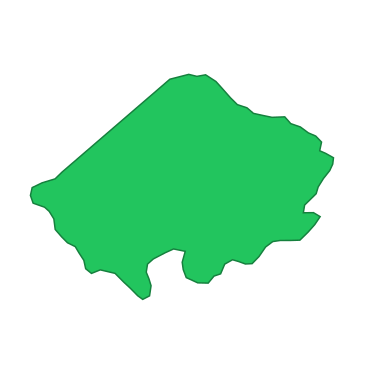 outline of Aloândia, Goiás, Brazil, rotated 53°
{"feature_id": "56859067B93874841442887", "entity_name": "Aloândia", "entity_type": "district", "adm_level": 2, "iso_a3": "BRA", "parent_name": "Brazil", "parent_adm1": "Goiás", "projection": "robinson", "projection_center": [-49.451, -17.693], "detail": "fine", "context": "isolated", "style": "filled", "palette": "green", "viewbox_px": 384, "rotation_deg": 53, "n_neighbors": 0, "source": "geoboundaries", "source_scale": "gbopen_adm2", "svg_char_len": 1141}
<svg xmlns="http://www.w3.org/2000/svg" viewBox="0 0 384 384"><g transform="rotate(53 192 192)"><path d="M288.8,104.5L281.6,107.4L275.6,115.6L270.2,109.9L268.1,93.9L263.9,88.2L260.3,78.8L257.8,69.1L254.4,62.8L249.8,58.4L241.6,62.0L235.9,65.2L230.1,58.5L221.8,59.5L214.8,63.5L205.3,66.3L196.8,72.0L187.8,72.7L180.5,83.2L173.2,89.6L166.2,95.6L157.9,97.4L149.5,103.2L139.8,104.6L126.9,105.6L118.1,106.4L106.6,110.6L102.6,118.5L96.1,123.8L88.6,141.8L97.9,283.9L99.1,293.5L94.5,306.0L92.3,317.0L97.5,323.1L105.3,325.6L115.4,318.9L121.5,317.7L130.3,318.5L139.6,323.8L149.5,323.1L157.6,322.0L165.4,318.1L172.6,318.9L181.5,319.5L189.3,323.1L196.5,321.3L199.0,312.1L210.7,302.4L223.2,300.7L231.6,299.2L242.2,297.8L248.1,296.0L249.4,288.4L242.2,281.1L235.3,278.6L228.5,276.8L222.8,270.9L222.2,263.1L224.4,249.9L226.4,241.0L235.3,233.1L242.2,242.1L248.7,245.7L256.9,248.1L268.0,242.1L274.5,233.9L272.4,225.0L274.6,218.4L269.3,209.3L270.5,200.4L275.6,196.6L281.6,192.7L285.4,187.1L283.9,177.4L280.2,166.3L280.2,157.3L283.8,150.7L290.1,142.3L295.4,134.8L293.9,123.4L291.9,113.5L288.8,104.5Z" fill="#22c55e" stroke="#15803d" stroke-width="1.5"/></g></svg>